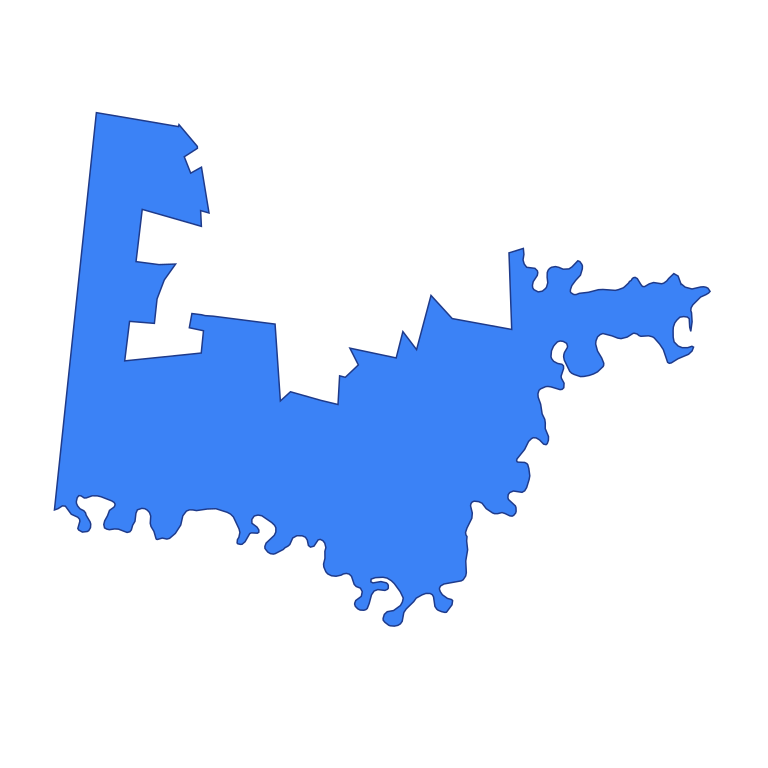 outline of Benemérito de las Américas, Chiapas, Mexico, rotated 96°
{"feature_id": "50627088B65687353920950", "entity_name": "Benemérito de las Américas", "entity_type": "district", "adm_level": 2, "iso_a3": "MEX", "parent_name": "Mexico", "parent_adm1": "Chiapas", "projection": "orthographic", "projection_center": [-90.543, 16.339], "detail": "fine", "context": "isolated", "style": "filled", "palette": "blue", "viewbox_px": 768, "rotation_deg": 96, "n_neighbors": 0, "source": "geoboundaries", "source_scale": "gbopen_adm2", "svg_char_len": 6137}
<svg xmlns="http://www.w3.org/2000/svg" viewBox="0 0 768 768"><g transform="rotate(96 384 384)"><path d="M234.6,259.6L240.5,273.4L316.4,262.7L311.8,323.0L291.0,346.5L346.4,355.2L329.9,370.7L356.8,374.6L351.9,421.7L367.7,411.5L381.4,423.2L380.5,429.0L409.2,427.6L406.9,444.9L401.5,476.2L411.7,485.3L335.8,498.6L334.4,561.0L334.7,569.1L334.2,572.6L334.0,582.4L348.4,583.5L349.9,569.1L372.3,569.0L388.1,644.3L348.3,643.6L347.7,618.7L323.1,618.6L303.5,613.4L286.5,603.8L288.8,620.3L288.2,643.4L235.6,642.7L246.3,582.1L230.7,584.5L232.2,575.9L187.4,588.2L194.5,598.3L178.9,606.4L169.1,594.2L167.2,594.5L147.5,615.0L149.5,615.3L144.2,698.4L543.7,698.6L542.1,695.2L538.8,691.1L538.8,688.1L546.2,681.4L548.5,674.6L550.2,672.7L552.2,672.1L559.7,673.4L561.1,672.4L562.8,668.5L561.7,663.6L560.7,662.3L557.6,660.9L554.0,661.0L551.8,661.9L545.6,666.5L543.3,667.4L541.4,669.3L539.9,673.3L537.4,675.9L534.8,677.4L533.0,677.7L529.1,677.2L526.9,675.8L526.9,673.6L528.7,670.2L528.4,668.2L525.7,662.6L525.2,657.5L525.7,653.6L528.7,642.6L530.0,640.0L531.6,638.9L533.3,639.0L534.7,639.7L538.4,643.8L543.9,645.2L549.3,647.5L553.0,648.0L556.3,646.9L557.3,644.5L557.6,641.9L556.3,636.8L556.1,632.9L558.5,624.0L557.5,621.3L555.5,620.0L550.7,619.2L546.6,617.3L538.5,617.2L534.9,616.1L533.0,611.9L533.0,608.8L534.2,606.2L536.3,603.8L539.7,602.2L547.0,601.9L550.1,600.8L554.6,597.4L561.3,594.7L562.2,594.1L562.3,593.1L560.4,588.4L560.9,583.7L559.9,581.1L554.4,575.9L545.5,571.4L536.1,570.3L531.0,567.2L529.5,564.3L529.2,561.0L529.5,557.3L526.8,546.7L525.6,538.1L528.0,526.5L529.4,523.0L531.9,519.9L543.3,513.0L546.7,511.8L551.6,512.3L554.1,513.5L557.4,513.5L558.2,512.7L558.5,510.0L558.2,508.4L555.4,505.7L546.8,501.9L545.9,500.3L545.6,494.3L544.5,493.0L542.3,493.2L539.6,495.3L536.3,500.8L532.6,501.3L529.2,499.5L528.6,498.7L527.5,495.6L527.8,491.7L533.5,481.2L535.9,478.1L538.3,476.5L542.5,476.1L546.0,477.3L554.5,484.6L557.9,485.5L560.0,485.2L561.4,483.9L563.3,482.0L564.6,479.2L564.7,476.2L564.1,474.5L559.1,466.9L557.1,465.3L555.4,462.7L553.5,460.9L546.7,458.7L544.0,454.8L543.5,449.5L544.6,446.1L547.2,444.0L552.5,442.3L553.9,440.1L552.6,436.7L545.9,433.2L545.2,431.2L546.2,428.4L548.4,426.3L552.8,424.7L556.5,425.3L563.6,424.5L569.4,425.3L572.3,424.7L576.8,422.2L578.7,420.2L580.2,416.2L580.2,411.6L578.6,406.7L577.1,404.5L576.3,401.6L576.7,398.7L578.7,396.2L586.4,392.7L588.3,390.5L589.5,386.1L592.8,383.9L597.6,384.4L602.3,389.5L605.0,390.2L606.0,390.2L608.1,389.3L610.3,386.7L610.9,385.2L611.3,384.1L611.1,380.4L610.3,378.5L609.0,377.2L603.9,375.8L595.0,374.4L590.9,372.2L589.1,368.7L589.2,361.5L587.8,359.1L586.6,358.4L583.7,358.7L582.4,359.6L581.5,361.0L580.8,366.4L583.0,374.2L582.1,376.4L579.4,376.4L577.5,372.4L576.3,364.8L576.7,360.6L578.9,356.1L581.4,352.9L588.8,346.2L594.8,342.5L598.8,342.9L602.6,344.5L608.3,350.8L610.1,357.0L613.1,359.6L617.2,360.4L619.0,360.1L620.9,358.2L623.4,354.1L623.8,352.6L623.7,348.4L622.6,345.0L620.8,342.6L618.1,341.1L609.2,340.4L605.4,338.4L597.3,331.7L593.6,329.6L589.7,324.1L587.9,320.5L587.5,316.2L588.5,313.9L590.5,312.5L599.9,310.1L602.4,308.0L603.3,306.6L604.4,302.9L604.8,299.5L604.4,298.0L596.5,293.3L592.3,293.1L591.3,294.2L590.6,298.5L587.5,303.9L584.8,306.2L582.6,307.3L581.2,307.5L578.9,306.6L576.6,303.4L571.7,286.6L570.4,284.8L566.4,282.7L563.1,282.4L551.5,284.2L540.1,283.5L531.5,285.4L527.1,285.5L525.4,286.8L523.1,287.4L518.5,286.4L508.3,282.6L503.1,282.7L496.1,285.2L493.8,285.0L492.1,283.9L491.1,282.1L491.1,277.5L492.3,274.0L497.3,269.3L500.9,262.5L501.4,260.5L501.1,257.5L499.5,253.2L500.2,250.0L502.0,245.0L502.0,242.7L501.1,241.3L498.6,239.6L496.8,239.3L493.2,239.8L491.5,240.6L485.8,248.2L484.0,248.9L481.0,248.9L478.8,247.6L476.9,244.1L477.3,235.4L475.5,232.9L472.1,231.3L463.9,229.7L460.1,229.4L453.0,231.1L449.2,232.6L448.2,233.6L447.3,235.9L447.7,242.7L447.3,243.6L446.3,244.1L444.6,243.9L434.4,237.3L426.0,234.2L422.9,231.6L421.8,230.0L421.7,227.0L423.4,223.4L427.1,219.0L427.4,216.5L426.2,215.4L422.8,214.6L419.1,214.9L411.5,219.0L406.0,219.5L402.4,220.4L397.2,223.6L387.7,226.1L381.0,229.3L377.7,229.9L374.1,229.2L372.5,227.8L369.7,222.9L369.3,220.7L369.4,217.7L371.2,208.3L370.7,206.3L368.9,204.8L364.4,205.0L359.7,208.2L357.7,208.7L349.9,207.0L347.2,207.4L345.8,209.1L345.4,213.5L343.7,217.7L341.2,220.0L339.3,220.8L333.5,220.9L328.8,219.4L326.9,218.2L323.9,215.9L322.8,213.3L322.9,210.2L324.5,206.6L327.2,205.4L328.7,205.5L333.7,207.8L335.8,208.2L338.1,208.2L341.4,207.2L352.0,200.6L353.6,198.6L354.6,196.0L356.1,189.4L355.6,186.0L354.0,180.8L352.1,176.7L349.6,172.9L343.7,167.9L342.5,167.5L340.4,167.6L335.4,170.2L328.9,175.1L322.1,177.7L318.9,177.7L314.7,176.5L312.2,174.1L310.9,171.6L312.3,162.2L313.9,156.4L314.1,153.0L311.9,147.0L307.7,141.7L307.3,140.6L307.8,137.5L309.2,135.4L309.7,133.5L308.4,125.9L309.0,121.9L309.9,120.1L315.5,114.0L320.6,109.8L332.8,104.2L333.6,102.5L333.0,100.5L328.1,94.2L322.6,84.2L319.0,81.1L315.0,80.0L314.3,81.7L316.1,85.7L316.7,91.2L315.5,95.4L311.8,99.9L307.2,101.3L300.4,102.1L297.1,102.2L292.8,101.2L289.8,99.4L286.6,96.7L285.6,93.0L285.7,89.3L287.1,87.3L295.6,85.9L299.6,84.4L289.9,84.1L281.0,85.6L278.8,86.6L276.0,86.5L272.9,85.1L264.4,78.2L261.5,73.2L259.6,70.7L257.8,69.4L254.9,71.8L254.1,73.9L253.9,76.3L254.4,79.2L257.3,87.6L256.2,94.6L253.6,98.5L253.9,98.9L245.9,102.8L243.9,107.3L249.3,111.9L252.0,113.6L254.5,116.4L255.3,118.4L254.9,126.5L256.7,130.7L259.9,135.0L260.0,136.6L259.9,137.2L258.1,139.0L252.7,143.1L251.7,145.4L252.2,147.0L253.2,148.1L255.2,149.0L256.4,150.6L258.0,151.3L262.3,155.0L263.4,156.2L265.7,160.8L266.7,163.7L267.1,176.1L267.8,180.6L271.4,190.2L273.4,199.2L275.0,202.3L275.2,204.6L273.6,207.8L272.4,208.4L270.4,208.4L266.5,207.5L260.9,204.2L255.2,200.0L248.8,198.8L245.9,199.0L244.4,199.7L241.8,202.0L241.2,204.1L247.9,209.3L250.2,212.1L251.1,217.8L249.7,222.3L249.3,225.8L250.4,229.6L251.8,231.4L253.6,232.6L256.1,233.3L260.9,232.9L266.2,231.7L270.7,232.5L272.1,233.3L275.1,236.2L276.3,240.3L274.5,244.8L272.7,246.2L270.3,246.7L266.6,246.3L260.0,242.9L257.2,242.7L255.4,243.3L253.2,246.0L253.0,254.3L250.0,257.1L246.1,258.7L240.5,258.4L234.6,259.6Z" fill="#3b82f6" stroke="#1e3a8a" stroke-width="1.5"/></g></svg>